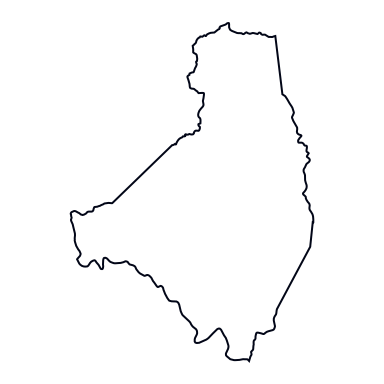 the district of Potrerillos, El Paraíso, Honduras
{"feature_id": "27666195B65676299493653", "entity_name": "Potrerillos", "entity_type": "district", "adm_level": 2, "iso_a3": "HND", "parent_name": "Honduras", "parent_adm1": "El Paraíso", "projection": "robinson", "projection_center": [-86.765, 14.057], "detail": "fine", "context": "isolated", "style": "outline", "palette": "ink", "viewbox_px": 384, "rotation_deg": 0, "n_neighbors": 0, "source": "geoboundaries", "source_scale": "gbopen_adm2", "svg_char_len": 5946}
<svg xmlns="http://www.w3.org/2000/svg" viewBox="0 0 384 384"><path d="M249.1,361.0L250.4,356.6L251.5,354.7L251.4,353.3L251.1,352.2L251.1,351.9L251.8,351.0L252.9,349.9L253.2,349.1L253.4,346.0L253.7,344.4L253.6,342.8L253.7,341.2L254.0,340.4L254.9,339.7L255.4,338.8L255.5,338.2L255.5,336.6L255.8,335.0L256.1,333.8L256.4,333.1L257.1,332.6L258.4,332.7L261.0,333.3L263.2,334.0L263.7,334.0L264.4,333.7L265.4,332.8L266.9,331.8L268.6,331.2L272.7,330.1L273.6,329.6L274.2,328.8L274.7,327.5L275.0,326.2L273.8,320.7L273.8,318.7L274.1,317.7L274.6,316.5L276.0,314.4L276.3,313.3L276.6,310.7L276.9,309.2L310.2,246.8L312.7,222.6L313.1,222.9L313.3,222.5L313.3,219.4L313.1,216.7L312.8,215.3L312.4,214.1L311.1,211.9L310.0,210.3L309.6,209.5L309.4,208.1L309.7,205.3L309.4,204.0L309.0,203.3L307.7,201.8L306.4,199.7L305.8,198.2L305.8,197.1L305.6,196.6L304.7,195.7L303.5,194.7L303.1,194.1L303.0,193.5L303.2,193.0L304.8,191.2L305.8,189.7L306.5,188.1L306.7,186.7L306.6,185.2L305.7,182.5L305.1,180.2L305.0,175.2L304.5,173.6L303.7,171.8L303.6,170.8L303.6,169.9L303.9,169.0L305.0,167.2L306.4,164.1L306.9,163.6L308.9,162.0L309.6,160.9L309.8,160.1L309.7,159.5L309.2,158.6L308.1,157.7L307.2,157.1L306.9,156.7L307.0,156.0L308.7,153.3L308.4,152.8L306.9,151.9L306.5,151.2L306.5,150.2L306.9,147.9L306.9,146.6L306.7,146.0L306.5,145.8L304.7,145.5L304.1,144.9L303.5,143.7L302.4,142.9L301.8,142.7L298.9,142.7L298.5,142.5L298.2,141.9L298.1,140.9L298.2,140.2L299.5,138.2L301.2,136.3L301.4,135.8L301.2,135.4L300.8,135.1L299.1,134.6L298.1,134.0L297.2,133.0L296.9,131.6L297.2,129.2L297.1,127.5L293.4,121.1L292.0,117.7L292.1,116.8L293.1,114.8L293.9,112.8L293.7,111.9L292.4,107.8L291.6,106.4L289.6,103.4L287.2,99.2L285.5,96.6L285.1,96.1L282.4,94.3L275.3,36.0L274.1,36.3L272.3,37.0L268.6,36.9L265.1,34.7L264.0,34.6L262.7,34.8L261.8,34.5L261.2,34.1L260.6,33.0L259.5,32.6L259.0,32.7L258.2,33.5L257.4,34.0L253.8,33.1L252.7,33.0L249.9,33.8L247.9,33.2L246.6,32.4L245.6,32.7L244.1,33.9L243.3,34.1L242.5,33.9L241.8,33.4L241.3,33.2L238.0,33.1L237.1,33.0L231.9,30.9L230.3,29.9L229.7,28.9L229.1,27.3L229.1,24.3L229.0,23.5L228.8,23.1L228.2,23.0L227.0,23.4L226.1,24.2L225.2,24.7L220.4,26.4L219.6,27.4L219.5,27.8L219.7,28.1L219.7,28.3L219.3,29.0L218.0,29.6L214.4,32.5L210.8,32.8L209.0,33.4L207.1,34.4L205.9,36.0L205.5,36.0L205.0,35.5L204.3,35.3L203.8,35.6L202.5,36.7L200.3,36.5L199.6,37.5L198.8,37.7L197.6,38.8L196.5,40.5L196.1,42.1L195.7,43.0L195.2,43.6L194.6,43.9L194.2,44.5L192.7,45.8L193.2,49.1L193.2,52.3L193.5,52.7L194.1,53.1L196.1,54.2L196.5,54.7L196.8,55.7L197.2,58.7L197.1,60.1L196.9,61.1L196.2,61.6L196.1,62.0L196.3,63.0L196.7,63.9L196.7,64.6L196.0,66.5L195.0,68.3L193.7,72.0L193.3,72.3L192.4,72.4L191.6,72.6L189.6,73.5L189.4,74.2L189.4,74.9L188.1,75.7L187.6,76.2L187.4,76.8L187.5,77.4L188.5,80.3L189.5,83.9L189.8,86.8L190.0,87.6L190.4,88.1L191.6,88.6L193.6,88.8L194.1,89.0L196.3,90.8L197.3,91.4L197.9,92.4L198.6,93.1L202.3,92.9L203.4,93.0L203.8,93.2L204.0,93.9L203.9,95.2L203.5,98.1L202.9,101.0L203.5,104.3L203.4,105.5L202.8,106.6L201.0,108.6L199.4,110.7L198.6,112.6L198.2,114.2L198.2,115.4L198.4,116.3L198.9,117.2L200.0,118.2L200.4,119.2L200.5,120.1L200.5,121.9L200.4,123.4L198.5,124.1L198.4,124.3L198.4,124.9L198.6,125.6L199.1,126.3L199.8,126.8L199.9,127.4L199.9,128.1L199.7,129.1L199.1,130.4L198.4,130.8L196.0,130.6L195.2,130.9L194.7,131.3L194.3,131.9L193.9,132.6L193.9,133.3L193.6,133.7L193.2,134.2L192.6,134.4L191.3,134.5L189.3,134.0L188.1,134.6L186.8,134.7L186.5,134.7L186.0,134.3L185.5,134.3L185.2,134.6L184.9,135.1L185.0,135.4L185.3,135.8L185.2,136.1L184.2,136.4L182.9,136.4L182.2,137.3L180.6,138.0L179.5,138.7L178.4,139.8L177.3,141.4L176.5,142.9L176.2,143.9L176.0,144.3L175.7,144.4L175.3,144.0L175.0,143.9L173.7,144.8L172.8,145.1L172.2,145.1L112.3,203.1L112.0,203.2L108.5,202.9L104.4,203.5L103.2,204.3L101.2,205.1L100.0,205.8L98.5,206.2L97.3,206.7L94.7,207.0L94.3,207.2L94.1,207.6L93.7,208.6L93.3,210.3L92.9,210.9L92.5,211.3L91.6,211.6L88.8,211.6L87.8,211.8L86.9,212.4L86.3,213.3L84.3,214.5L82.7,215.0L80.9,214.5L79.2,213.1L78.3,212.7L75.8,211.3L74.7,211.0L73.8,211.1L71.5,212.2L71.1,212.7L70.8,213.3L70.7,213.9L71.0,214.4L71.2,216.3L71.6,217.5L71.4,218.6L71.0,219.6L71.0,220.1L71.3,221.2L72.7,224.3L73.2,226.5L74.9,233.4L75.0,235.3L74.7,238.3L74.8,239.5L74.7,240.4L75.0,241.9L76.2,245.8L78.1,249.2L79.6,251.2L80.6,253.6L80.5,254.6L79.9,256.0L77.3,258.9L77.1,259.3L79.3,263.6L80.3,264.7L81.8,265.8L83.5,266.4L85.1,266.6L87.3,266.4L87.8,266.1L88.5,265.4L90.1,262.9L91.2,261.7L93.0,260.7L93.9,260.4L94.7,260.3L95.4,260.8L96.5,262.5L98.6,264.9L100.7,268.7L101.2,269.0L102.0,269.1L102.4,269.0L102.6,268.8L103.0,267.9L103.2,266.2L103.0,264.5L103.2,260.0L103.6,258.5L103.9,258.1L104.3,257.9L105.4,257.8L106.5,258.2L107.3,258.8L109.0,260.7L110.4,261.9L112.7,262.8L114.0,263.2L115.1,263.3L120.7,262.9L123.4,262.2L125.4,261.3L126.4,261.4L127.4,261.8L127.8,262.1L128.5,263.2L129.6,264.4L133.0,265.3L134.0,265.8L134.9,266.4L135.4,267.1L136.3,269.2L138.6,272.2L140.1,273.5L144.3,275.8L144.9,275.8L147.0,275.0L147.5,275.0L148.6,275.3L149.5,275.9L151.3,277.7L153.0,281.0L154.2,282.5L156.7,286.1L157.5,286.9L158.1,287.0L160.5,285.9L161.4,286.1L162.1,286.6L162.7,287.3L163.1,288.0L163.5,289.8L165.1,293.9L167.3,298.0L168.5,299.7L169.2,300.6L170.0,300.9L171.7,301.3L176.4,301.5L177.4,302.0L178.2,302.7L178.6,303.4L179.2,304.7L180.7,311.1L181.4,312.8L182.3,314.7L182.9,315.4L189.4,321.5L190.3,322.6L191.1,324.3L192.1,325.8L193.0,326.8L196.0,329.2L196.8,330.5L197.1,332.0L197.1,333.6L196.6,334.9L195.2,337.7L194.9,338.5L194.7,339.6L194.7,341.5L195.0,342.0L195.3,342.5L196.0,342.8L196.8,343.0L199.1,342.8L206.3,339.6L207.5,338.8L208.6,337.9L213.0,333.3L217.3,329.1L218.5,328.6L219.7,328.6L220.5,329.2L221.1,329.8L224.0,335.3L225.8,337.9L226.9,340.7L228.4,345.5L228.5,346.9L228.1,348.8L226.1,353.1L225.9,353.8L226.0,355.2L226.6,356.1L230.3,359.2L233.1,359.9L233.9,360.1L236.2,360.1L239.4,359.9L243.0,359.2L246.8,359.3L247.3,359.3L247.9,359.7L249.1,361.0Z" fill="none" stroke="#020617" stroke-width="2"/></svg>